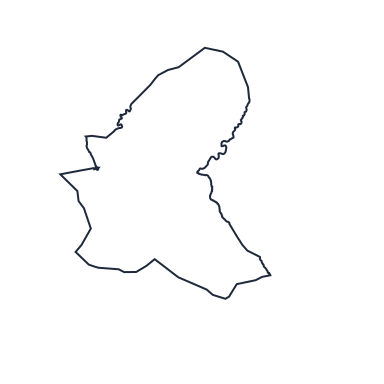 Xutag-O'ndor, Bulgan, Mongolia, rotated 315°
{"feature_id": "93677404B82313328470965", "entity_name": "Xutag-O'ndor", "entity_type": "district", "adm_level": 2, "iso_a3": "MNG", "parent_name": "Mongolia", "parent_adm1": "Bulgan", "projection": "albers", "projection_center": [103.033, 49.288], "detail": "fine", "context": "isolated", "style": "outline", "palette": "slate", "viewbox_px": 384, "rotation_deg": 315, "n_neighbors": 0, "source": "geoboundaries", "source_scale": "gbopen_adm2", "svg_char_len": 5913}
<svg xmlns="http://www.w3.org/2000/svg" viewBox="0 0 384 384"><g transform="rotate(315 192 192)"><path d="M134.0,279.5L140.1,291.1L144.2,292.2L158.5,288.8L174.7,299.4L181.6,301.6L188.5,306.3L188.8,305.8L188.8,305.5L188.9,305.3L188.8,305.0L188.8,304.4L189.2,304.1L189.3,303.9L189.2,303.6L188.7,303.4L188.6,302.6L189.0,302.0L189.4,301.6L189.6,300.7L189.6,300.0L189.9,299.4L190.0,298.8L190.2,297.2L190.0,296.6L190.1,296.2L190.1,295.9L190.2,295.5L190.3,295.2L190.6,294.8L190.7,294.6L191.0,294.2L191.0,293.9L191.2,293.7L191.1,293.2L191.3,292.9L191.2,292.6L191.3,292.4L191.3,292.1L191.5,291.8L191.6,291.2L192.4,289.9L192.4,289.3L192.3,288.6L192.4,288.0L192.6,287.6L193.6,286.7L194.1,285.9L189.7,272.6L190.2,264.9L191.4,259.7L191.9,257.1L192.5,254.6L195.9,240.9L196.5,240.5L196.6,240.2L196.6,239.3L196.5,238.7L195.9,238.0L195.7,237.4L195.6,235.8L195.7,235.3L195.8,234.9L195.6,233.6L195.7,232.6L195.6,231.6L195.6,231.2L195.8,230.8L196.3,230.5L196.4,230.3L196.4,229.9L196.5,229.7L197.0,228.9L197.1,228.6L197.3,228.3L197.3,228.2L197.3,227.7L197.6,227.1L197.6,226.7L197.6,226.3L197.7,225.9L197.8,225.7L197.9,225.4L198.4,224.8L198.7,224.6L198.9,224.0L199.4,223.8L199.9,223.0L200.1,222.7L200.5,222.3L200.8,221.9L201.0,221.6L201.0,221.3L201.5,220.6L201.7,219.6L201.8,219.5L202.0,218.9L202.0,218.7L201.7,218.1L201.9,217.8L202.0,217.7L202.1,217.2L202.0,216.9L201.7,216.3L201.9,215.9L201.8,215.5L201.7,215.3L201.4,215.0L201.2,214.2L201.3,213.8L201.1,213.1L200.7,212.7L200.8,212.5L200.7,212.2L200.1,210.5L200.3,210.0L200.3,209.7L200.5,209.2L201.2,208.4L201.4,208.0L202.1,207.6L202.3,207.3L202.6,207.3L202.9,207.0L204.4,206.4L205.0,206.3L205.7,205.9L206.2,205.6L206.9,205.6L207.0,205.4L206.9,205.1L207.5,204.8L207.6,204.7L208.2,204.3L208.4,204.3L208.5,204.0L208.7,203.8L208.8,203.6L209.3,203.2L209.4,202.9L209.8,202.8L210.0,202.7L210.1,202.4L209.8,202.0L209.8,201.9L210.4,201.3L210.8,200.3L211.7,199.5L211.9,199.2L212.3,198.8L212.4,198.7L212.6,198.1L213.4,197.5L213.6,196.5L213.7,196.2L214.0,195.9L214.2,195.2L214.3,194.0L214.2,193.7L214.4,193.5L214.5,192.8L214.8,191.9L214.8,191.6L214.6,190.8L214.2,190.1L213.4,189.7L212.7,188.7L212.1,187.7L211.7,187.1L211.0,186.5L210.9,186.2L210.6,185.4L210.3,185.0L209.8,184.2L209.8,183.6L209.9,183.4L209.8,183.0L209.7,182.8L209.3,182.6L209.2,182.4L209.3,182.1L210.4,181.4L211.9,181.6L212.4,181.6L213.7,181.1L214.2,181.1L214.5,181.2L215.5,182.7L215.9,183.1L217.1,183.6L217.7,183.8L218.4,183.9L221.0,183.8L222.4,183.7L222.8,183.5L223.2,183.3L224.0,182.5L224.5,182.2L226.1,181.8L227.7,181.5L228.4,181.2L229.5,181.0L230.5,180.9L230.9,181.0L231.4,181.5L232.0,182.2L232.2,183.3L231.9,185.3L232.0,185.7L232.2,186.1L232.8,186.5L234.2,186.7L234.6,186.7L235.4,186.4L236.2,185.7L237.5,183.9L238.1,183.6L238.6,183.8L239.5,184.8L239.9,185.5L240.3,186.3L240.9,187.3L241.3,187.5L241.6,187.6L243.2,187.6L243.7,187.5L244.7,186.9L245.7,186.3L248.0,184.6L248.1,184.3L248.4,183.3L248.5,182.7L248.3,182.4L247.7,181.9L246.3,181.4L245.6,180.7L245.4,180.5L245.5,180.2L246.4,179.4L246.9,178.7L248.3,178.0L249.2,178.0L250.5,178.4L251.4,179.4L251.6,179.7L251.8,180.5L252.1,180.8L252.5,181.2L253.8,181.9L254.4,181.9L255.0,181.8L255.6,181.6L255.8,181.6L257.3,182.2L258.3,182.3L259.4,182.8L259.7,182.8L260.0,182.7L260.4,182.3L260.9,181.5L261.3,181.2L261.5,180.8L261.5,180.2L261.9,179.7L262.4,179.4L262.8,178.9L264.0,178.6L265.3,178.7L266.6,178.4L266.9,178.2L267.5,177.0L267.9,176.8L268.2,176.9L268.3,177.1L269.1,177.8L269.6,178.1L270.1,178.3L270.8,178.4L271.1,178.3L271.8,177.6L272.2,177.2L272.4,177.0L272.8,177.0L273.3,177.1L273.6,177.5L273.8,177.9L274.4,178.3L275.1,178.3L275.7,178.2L276.7,177.4L277.0,176.9L277.0,176.5L277.0,176.2L277.5,175.6L278.9,175.5L279.5,175.2L280.1,175.4L280.9,174.9L281.8,174.7L282.0,174.1L283.4,174.5L283.9,174.4L284.2,174.2L284.7,173.8L285.3,173.0L285.6,172.8L286.3,172.9L287.0,173.3L287.5,173.2L288.3,172.8L288.9,172.3L289.9,170.8L290.2,170.4L290.6,170.3L291.9,170.2L292.7,169.7L294.2,169.2L294.6,169.1L295.3,169.2L296.2,168.9L297.8,167.6L298.0,167.3L298.4,166.8L298.6,166.1L305.7,157.5L316.7,132.5L313.1,114.6L303.0,99.1L270.8,94.3L261.2,88.7L250.8,85.5L246.2,85.8L238.1,86.8L213.0,86.9L212.1,86.8L211.3,86.9L210.5,87.2L210.1,87.3L209.1,87.8L208.2,88.7L207.8,89.7L207.4,90.0L205.4,90.8L204.9,90.9L204.6,90.6L204.5,89.5L204.3,88.4L204.1,87.9L203.8,87.6L203.4,87.5L203.1,87.7L202.4,88.3L201.4,89.6L201.0,89.8L200.7,89.8L199.0,89.0L198.2,88.7L197.3,88.6L197.0,88.3L196.4,87.1L196.2,86.9L195.2,87.5L195.0,87.9L194.9,88.4L194.9,89.5L194.8,89.9L194.6,90.2L193.9,90.3L193.6,90.1L192.7,89.8L192.1,89.4L191.7,89.4L189.8,90.7L189.2,90.9L188.4,90.8L188.2,90.9L186.9,91.9L186.8,92.1L186.7,92.4L186.8,92.7L187.1,93.0L187.8,93.3L189.0,93.6L189.6,93.9L189.7,94.1L189.6,94.9L188.9,96.3L188.5,96.6L187.9,96.7L186.3,95.9L185.6,95.2L185.2,94.9L183.1,94.1L182.0,93.8L180.5,93.7L180.1,94.0L169.7,93.0L161.0,81.6L156.2,77.7L156.2,78.2L156.2,78.3L155.8,79.0L155.0,79.8L154.5,80.5L153.6,81.1L153.4,81.5L153.2,82.1L152.8,82.7L151.9,83.5L151.1,84.4L150.4,84.6L149.9,84.9L149.6,85.3L149.1,86.4L148.6,87.6L148.3,89.3L147.6,90.8L147.6,91.1L148.0,92.0L147.8,92.7L147.2,93.6L146.9,94.3L146.3,96.9L146.1,97.3L145.7,98.5L142.6,105.1L142.3,105.2L142.2,105.5L142.3,105.8L142.4,106.1L142.2,106.3L141.7,106.3L141.4,106.6L141.4,106.9L141.4,107.9L141.6,108.2L142.0,108.8L142.4,108.8L142.6,108.6L142.7,108.3L142.7,108.1L142.8,108.1L142.8,108.5L143.0,108.7L142.7,108.7L142.5,108.9L142.0,109.5L141.3,109.7L140.9,109.6L140.5,108.8L140.4,108.6L140.5,107.8L140.3,107.2L140.2,107.1L139.9,107.0L140.1,106.9L140.1,106.6L139.8,106.6L139.7,106.7L139.7,106.9L139.5,107.0L139.0,106.7L139.1,106.4L139.1,106.2L139.3,106.0L139.3,105.8L139.1,105.6L139.0,105.3L138.9,105.3L128.1,97.8L111.4,86.4L111.6,110.3L105.4,118.2L104.1,127.1L94.6,146.3L76.5,151.3L67.3,152.1L67.7,170.4L69.6,174.4L72.2,179.3L85.5,194.8L87.4,200.7L96.0,209.1L107.5,212.0L118.1,213.1L122.0,242.6L133.4,271.4L134.0,279.5Z" fill="none" stroke="#1e293b" stroke-width="2"/></g></svg>